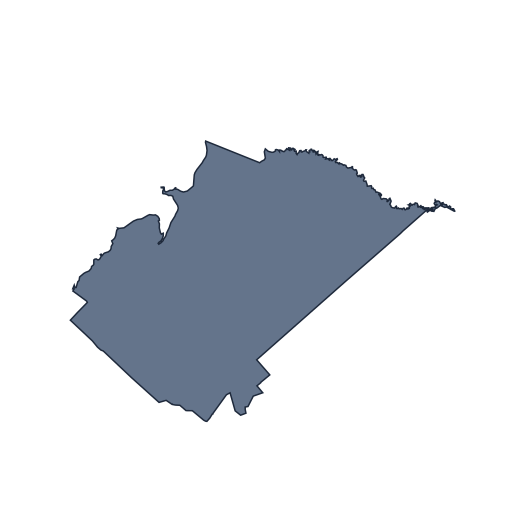 outline of Ķūļciema pag., Talsi, Latvia, rotated 235°
{"feature_id": "27541924B13857395207606", "entity_name": "Ķūļciema pag.", "entity_type": "district", "adm_level": 2, "iso_a3": "LVA", "parent_name": "Latvia", "parent_adm1": "Talsi", "projection": "mercator", "projection_center": [23.02, 57.24], "detail": "fine", "context": "isolated", "style": "filled", "palette": "slate", "viewbox_px": 512, "rotation_deg": 235, "n_neighbors": 0, "source": "geoboundaries", "source_scale": "gbopen_adm2", "svg_char_len": 6151}
<svg xmlns="http://www.w3.org/2000/svg" viewBox="0 0 512 512"><g transform="rotate(235 256 256)"><path d="M186.8,440.2L178.9,444.1L178.8,444.6L181.4,444.9L182.1,443.9L182.4,443.2L182.3,442.5L183.2,442.5L184.6,443.6L185.1,443.2L185.8,443.3L185.7,442.7L186.2,441.9L186.4,441.1L188.6,441.4L188.6,441.0L189.2,440.9L189.6,440.2L190.7,439.8L191.4,438.9L191.0,438.0L191.1,437.7L191.5,437.7L192.2,438.5L191.8,439.3L192.4,439.8L192.9,438.8L192.2,437.5L192.6,437.2L195.3,437.5L196.8,436.6L196.8,435.2L199.3,435.0L198.9,434.5L197.1,433.8L197.3,433.1L197.2,432.6L196.7,432.0L195.4,432.0L194.9,432.4L194.8,433.4L194.0,433.7L194.2,432.1L194.0,431.4L192.9,431.1L194.3,428.9L193.9,428.1L192.6,427.6L192.3,427.1L193.3,426.6L194.9,427.5L195.0,427.0L194.0,425.2L194.4,424.8L195.6,425.0L195.3,424.2L196.1,424.3L196.5,425.0L196.8,424.6L196.6,423.8L195.4,423.4L195.1,422.7L195.8,422.6L197.5,423.4L198.4,422.1L197.7,421.9L197.2,421.2L197.5,420.5L200.2,421.3L201.0,420.5L199.8,419.8L200.9,419.6L201.4,418.8L201.9,419.0L202.3,419.9L202.7,419.9L202.7,419.0L202.3,418.4L203.1,417.6L203.0,416.9L203.2,416.7L204.2,417.1L204.0,417.5L204.3,417.7L206.6,418.2L208.1,417.0L208.2,416.7L207.2,415.4L208.1,414.7L208.3,414.1L208.1,413.0L208.6,412.5L209.7,412.8L210.6,412.6L210.6,411.7L210.1,411.1L210.4,410.2L208.6,411.1L208.2,410.4L208.4,409.5L207.1,408.9L207.3,407.5L208.1,407.9L208.7,407.2L208.1,406.0L208.2,404.8L208.8,404.4L210.0,404.9L210.5,404.5L210.7,403.7L210.3,402.5L211.7,402.1L212.6,400.3L213.6,400.3L213.8,398.8L214.1,398.5L214.5,398.5L215.4,399.4L216.4,399.5L216.3,398.4L215.7,397.0L217.7,395.2L218.9,394.9L220.3,395.4L221.4,395.1L221.9,395.6L222.0,396.2L222.4,396.4L223.0,397.7L223.6,398.2L226.5,398.8L226.5,397.8L225.4,396.8L225.2,395.3L225.3,394.7L225.7,394.7L226.5,395.8L228.1,395.5L230.1,393.2L230.2,391.6L230.8,391.3L232.2,391.4L233.5,392.2L234.2,391.9L234.4,392.2L233.7,393.0L233.7,393.3L234.0,393.8L234.8,393.9L234.9,393.6L234.6,392.5L235.0,392.0L235.9,391.8L236.2,392.3L235.9,392.8L235.8,393.5L236.1,393.7L239.0,391.8L239.3,390.9L242.0,391.4L242.8,390.6L244.3,390.9L244.8,389.7L245.3,389.6L246.6,390.6L247.5,390.7L249.3,387.2L250.9,388.0L254.4,389.0L255.2,387.4L255.8,387.3L256.5,387.6L257.6,389.8L258.5,390.0L259.3,389.4L260.0,389.5L260.2,390.2L261.4,390.4L262.0,389.6L261.5,388.4L261.7,388.1L260.5,387.7L260.4,387.1L260.9,386.8L262.3,387.5L262.9,386.6L262.4,385.9L262.6,385.1L264.8,385.2L265.6,385.5L265.7,386.4L266.0,386.6L268.8,387.5L269.5,387.2L269.6,386.3L270.8,385.6L273.1,385.1L273.1,385.7L273.5,386.2L273.9,386.2L274.1,386.0L273.8,385.0L275.3,381.7L277.0,381.1L278.6,381.6L280.2,380.4L280.2,379.7L282.2,379.1L283.4,378.0L284.5,377.8L284.6,377.2L284.0,376.7L286.1,376.2L286.8,374.9L287.7,375.0L288.0,375.9L288.3,377.8L288.5,378.2L289.2,378.3L289.5,376.4L290.8,375.8L290.3,373.5L290.5,372.9L293.5,372.6L293.8,372.0L292.4,371.2L293.3,370.8L294.0,371.1L294.8,370.2L295.5,368.7L296.3,370.1L296.7,370.2L297.8,368.0L298.3,367.6L299.7,368.4L300.9,368.3L301.6,367.8L302.0,366.4L303.3,365.6L302.6,365.0L303.1,364.6L304.7,365.2L306.1,366.8L306.3,366.1L305.7,364.9L305.3,364.8L305.0,363.6L307.4,364.7L307.8,364.5L307.7,363.8L308.4,362.5L308.7,362.6L308.6,363.2L309.1,364.2L309.5,364.0L309.6,363.3L310.2,362.5L311.5,362.8L311.9,362.4L311.5,361.9L311.9,360.5L311.8,360.0L310.5,359.8L310.8,359.0L309.9,358.2L312.5,357.3L313.7,357.4L314.1,358.1L314.5,357.6L314.2,356.8L314.2,355.8L314.7,354.7L314.7,353.5L314.9,353.1L315.5,352.7L316.5,353.4L317.1,352.6L317.2,352.1L316.1,350.4L316.1,349.0L315.5,347.8L317.0,347.7L318.8,349.1L319.7,347.6L321.1,348.0L320.7,348.7L320.9,349.1L323.1,348.1L323.0,347.1L322.5,346.2L322.6,345.6L323.3,345.3L323.4,346.1L324.5,346.3L325.8,344.9L323.6,344.0L326.3,342.9L326.3,342.6L325.6,342.4L325.9,340.9L325.5,340.1L325.4,338.7L326.2,338.3L326.7,337.5L327.5,337.6L329.2,336.4L329.2,335.9L328.0,335.1L330.1,335.0L331.7,333.6L331.8,332.8L330.9,332.1L330.9,331.3L331.1,329.6L331.9,328.4L334.7,326.1L338.4,325.1L336.6,322.6L330.8,319.8L330.0,317.8L330.4,314.9L330.3,312.5L379.0,280.7L378.1,279.8L374.1,278.3L370.5,276.4L367.0,273.2L365.9,271.6L364.3,267.5L363.3,265.6L360.8,257.4L359.3,253.9L357.9,252.0L349.4,245.0L349.2,244.2L348.6,237.0L350.0,233.3L352.2,231.5L355.6,230.0L357.0,228.4L357.7,229.4L358.1,229.2L358.1,228.2L357.7,227.7L357.8,225.2L359.2,223.2L359.6,220.5L360.3,218.8L362.0,218.4L365.0,220.2L365.4,220.0L366.8,217.8L366.3,217.5L364.9,219.0L364.4,219.1L363.9,218.9L362.8,217.0L361.0,215.6L360.3,215.6L359.0,217.2L356.9,218.7L355.8,218.9L354.4,221.1L352.7,222.1L350.0,221.1L342.4,220.8L339.8,219.8L338.1,217.8L336.3,214.1L335.1,212.4L332.2,205.5L328.8,200.9L326.2,196.1L324.2,193.7L322.5,189.5L321.9,188.8L321.3,185.8L321.4,183.1L322.5,183.1L322.9,184.4L322.9,186.8L324.1,189.5L325.6,191.5L327.3,192.8L327.9,193.1L328.2,191.0L330.0,191.1L334.5,192.9L337.7,195.3L340.7,196.1L340.6,197.3L342.2,198.2L344.8,198.3L347.3,197.3L348.4,195.4L350.9,192.6L351.3,190.8L351.9,184.4L352.2,183.2L354.0,179.8L354.9,175.6L354.8,164.0L357.1,159.8L357.9,159.1L357.3,159.2L357.2,158.0L357.6,158.0L356.8,156.5L353.0,152.6L351.8,150.7L351.3,148.8L351.2,146.5L348.2,145.8L346.9,142.9L345.2,141.5L344.3,139.9L344.1,137.5L345.2,134.0L345.3,132.9L344.6,130.3L346.4,130.2L346.4,129.2L344.7,129.3L343.3,126.6L343.1,125.0L343.6,124.2L345.3,123.4L345.9,122.0L345.8,120.9L342.3,118.4L341.8,117.3L341.8,115.7L341.6,115.1L340.5,114.1L340.2,113.4L339.5,110.5L340.3,107.1L340.5,105.0L340.0,99.5L337.4,97.0L337.2,95.4L333.4,90.6L334.2,89.6L336.4,90.4L334.2,87.0L333.3,88.1L332.3,85.9L316.2,91.4L314.7,91.2L312.1,77.3L309.9,67.1L280.2,73.3L272.3,73.9L267.9,75.0L265.8,76.4L227.5,84.3L191.7,92.6L189.3,99.6L182.7,102.1L182.7,102.4L182.3,102.4L180.2,104.4L177.4,108.0L169.5,110.0L165.8,115.1L151.5,119.0L149.7,119.9L148.7,120.9L149.7,125.1L151.6,129.5L151.3,130.0L151.8,130.6L159.3,152.2L158.8,156.3L141.1,150.1L134.4,152.1L133.0,157.6L136.4,159.1L138.5,160.5L137.3,163.1L142.8,173.4L140.1,183.1L149.1,182.3L149.5,187.3L149.8,187.5L150.7,199.1L170.6,197.0L183.8,314.2L191.6,387.3L192.2,390.6L195.7,421.9L193.7,421.6L193.7,424.9L192.2,425.4L190.5,427.3L191.9,429.8L191.5,432.0L191.7,436.0L187.5,438.5L186.8,440.2Z" fill="#64748b" stroke="#1e293b" stroke-width="1.5"/></g></svg>